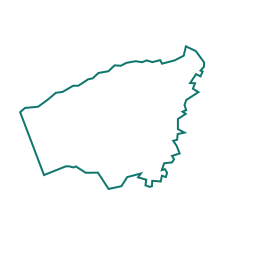 the district of Calhoun, Arkansas, United States of America, rotated 247°
{"feature_id": "52423323B83504400209000", "entity_name": "Calhoun", "entity_type": "district", "adm_level": 2, "iso_a3": "USA", "parent_name": "United States of America", "parent_adm1": "Arkansas", "projection": "equal_earth", "projection_center": [-92.533, 33.536], "detail": "fine", "context": "isolated", "style": "outline", "palette": "teal", "viewbox_px": 256, "rotation_deg": 247, "n_neighbors": 0, "source": "geoboundaries", "source_scale": "gbopen_adm2", "svg_char_len": 1035}
<svg xmlns="http://www.w3.org/2000/svg" viewBox="0 0 256 256"><g transform="rotate(247 128 128)"><path d="M184.7,34.9L117.5,32.3L117.0,55.9L115.7,58.8L113.0,62.4L113.0,65.0L103.4,71.5L98.6,82.9L79.5,86.3L77.0,99.2L83.1,108.1L81.1,122.0L78.6,118.0L73.3,124.6L68.4,121.7L65.3,125.0L65.1,127.3L69.9,129.7L66.0,137.2L70.8,140.6L68.1,143.6L71.5,146.5L75.7,145.9L76.0,142.7L81.4,147.5L79.1,155.2L81.3,158.2L85.1,157.6L84.4,165.6L92.5,165.8L98.5,164.6L98.0,168.6L103.0,171.4L101.7,178.2L107.5,173.5L116.8,177.5L118.5,186.7L121.7,184.6L121.8,188.6L127.1,189.0L131.0,192.6L133.5,206.8L138.8,203.1L143.0,207.2L145.1,202.8L151.0,211.7L147.2,214.9L150.8,218.8L152.5,217.2L154.7,221.8L158.6,223.7L172.3,220.5L180.5,213.2L172.8,207.5L172.0,197.4L173.9,184.5L177.9,184.1L179.1,176.2L182.9,171.6L183.1,166.6L186.5,161.1L188.6,152.0L188.1,145.7L190.9,140.1L187.9,132.1L190.2,122.3L187.5,114.9L188.4,110.3L186.3,98.8L188.3,94.1L186.8,81.7L188.6,75.4L185.7,66.2L182.7,53.6L186.7,41.1L184.7,34.9Z" fill="none" stroke="#0f766e" stroke-width="2"/></g></svg>